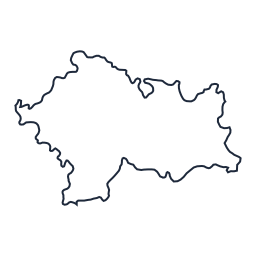 Babruysk, Mogilev, Belarus
{"feature_id": "67162791B49466941565536", "entity_name": "Babruysk", "entity_type": "district", "adm_level": 2, "iso_a3": "BLR", "parent_name": "Belarus", "parent_adm1": "Mogilev", "projection": "orthographic", "projection_center": [29.167, 53.064], "detail": "fine", "context": "isolated", "style": "outline", "palette": "slate", "viewbox_px": 256, "rotation_deg": 0, "n_neighbors": 0, "source": "geoboundaries", "source_scale": "gbopen_adm2", "svg_char_len": 5096}
<svg xmlns="http://www.w3.org/2000/svg" viewBox="0 0 256 256"><path d="M240.5,158.0L238.9,156.9L234.2,154.8L232.3,153.3L230.0,151.9L228.5,150.2L226.8,147.6L225.9,145.8L224.6,143.1L226.3,140.2L227.7,137.0L229.1,134.9L230.3,132.7L230.5,130.0L229.5,127.3L227.2,128.0L224.1,128.2L220.5,126.9L219.2,124.6L217.9,121.8L218.0,118.5L219.0,117.5L221.0,116.4L222.4,114.6L222.7,112.7L222.4,110.1L222.5,106.7L223.2,104.1L224.7,102.0L225.3,101.6L224.5,100.3L223.9,97.9L223.8,94.5L223.1,92.3L221.2,91.3L219.4,92.4L218.2,93.2L216.4,92.2L216.5,89.7L217.1,88.5L217.7,87.1L218.0,85.8L217.9,84.9L216.6,84.1L214.7,83.9L211.7,84.5L210.4,86.1L210.0,87.5L208.9,88.8L206.1,89.5L204.5,89.5L203.7,91.2L203.5,92.2L202.0,93.0L200.6,93.3L198.0,94.1L196.9,95.5L195.9,97.6L194.9,99.2L193.8,100.2L191.4,101.3L189.4,101.3L186.6,101.1L184.4,100.2L183.0,98.7L181.5,96.0L180.6,93.9L179.6,91.2L178.9,88.0L178.9,86.4L178.8,85.0L179.4,83.8L179.5,82.2L178.1,81.2L176.4,81.0L174.8,82.7L173.1,84.5L171.3,85.0L168.2,84.7L166.1,83.6L164.2,82.3L162.7,81.0L161.2,80.6L158.1,80.4L156.2,80.1L152.9,79.8L151.3,79.4L148.1,78.7L144.7,79.4L144.0,81.0L145.2,82.8L146.8,83.1L149.0,83.7L150.5,84.7L152.3,86.4L153.1,88.1L153.2,90.8L152.3,92.3L151.1,93.2L148.8,94.3L148.4,94.8L146.8,96.7L146.1,97.5L144.6,97.6L143.0,95.0L142.6,93.4L142.1,92.1L140.9,90.9L139.6,89.5L138.6,87.4L138.5,85.6L139.1,83.9L139.9,82.8L140.4,81.5L139.8,79.2L137.6,78.4L135.6,79.6L134.7,81.4L133.9,82.5L132.6,83.2L131.6,82.7L130.4,80.5L129.9,79.1L129.4,77.8L128.1,75.7L126.9,75.2L126.1,74.0L126.3,71.4L126.3,70.7L125.2,70.0L121.0,69.8L119.3,69.7L117.5,69.0L116.6,68.1L115.7,67.1L114.8,66.7L113.2,67.0L112.2,66.6L112.0,64.8L111.8,63.2L110.7,62.5L109.1,62.2L107.5,61.6L106.1,60.0L105.1,58.3L104.2,57.5L102.5,57.5L100.8,57.0L98.8,55.8L98.6,55.8L96.4,55.8L93.8,56.7L92.6,57.4L91.1,57.4L88.0,57.3L87.1,57.0L86.3,55.8L84.8,53.7L83.6,52.1L82.0,51.5L79.8,51.3L77.1,51.7L75.1,52.4L73.5,53.2L72.6,54.9L71.7,56.8L71.2,58.0L70.8,60.2L71.6,61.9L72.0,62.9L73.3,64.6L75.2,64.9L76.4,65.7L77.4,67.5L77.6,68.6L77.2,70.1L76.8,71.1L76.0,71.8L74.1,71.9L72.1,71.9L69.8,72.1L68.1,72.6L66.9,73.6L66.5,74.5L65.8,75.8L64.7,77.8L63.4,78.2L61.9,78.1L60.4,77.5L58.6,77.2L56.8,77.0L55.2,77.9L53.9,80.1L53.5,81.8L53.4,84.1L52.9,86.1L51.9,88.5L51.3,90.0L50.3,91.3L48.9,92.6L47.2,93.3L45.5,94.2L44.2,95.0L43.1,96.4L42.5,97.8L41.9,100.4L40.9,101.7L39.6,102.6L37.5,103.4L35.6,103.9L34.7,104.4L33.5,105.4L32.5,106.7L31.9,107.3L30.9,108.3L29.5,108.8L28.7,108.4L28.8,107.0L28.9,105.8L28.5,104.9L27.5,104.7L26.4,104.9L24.8,105.4L23.1,106.2L21.4,106.9L20.2,107.0L20.8,105.2L21.0,103.0L21.1,100.8L19.3,100.0L18.4,100.2L18.2,101.4L17.8,102.4L16.9,104.0L15.4,105.6L15.7,106.7L15.8,109.8L16.1,111.0L17.0,112.2L18.5,113.9L19.8,115.5L20.5,116.9L20.7,118.6L20.5,119.9L19.9,121.1L19.3,122.1L19.4,123.2L20.2,124.4L21.5,124.6L23.4,124.4L25.2,123.1L26.2,122.4L27.9,122.3L30.6,122.1L33.5,122.3L34.9,122.7L36.4,123.4L37.2,124.3L38.0,125.2L38.5,126.6L39.0,128.8L39.3,130.3L38.7,132.7L38.0,134.0L37.3,134.8L36.6,135.7L35.7,137.1L35.8,138.6L36.5,139.3L37.7,140.2L37.9,140.7L37.5,142.1L38.0,142.8L38.6,143.2L39.4,143.4L40.4,143.4L42.5,142.6L44.7,142.7L46.7,143.0L48.1,143.5L49.0,144.2L49.9,145.4L50.3,146.7L50.1,148.8L50.0,150.4L50.9,151.0L52.5,150.8L53.5,149.8L54.3,149.1L55.3,148.4L56.5,149.1L57.6,150.1L59.0,151.1L60.1,152.8L60.1,153.8L59.8,154.6L59.0,155.9L57.9,156.6L57.5,158.0L57.8,158.6L59.2,159.6L60.4,160.3L61.3,161.6L61.3,162.8L61.2,164.2L61.4,165.7L62.8,166.8L64.1,166.3L64.7,164.5L65.2,162.8L66.5,160.5L67.6,160.6L68.6,161.6L69.7,163.1L71.2,164.7L72.7,166.1L73.4,168.6L73.0,170.0L72.2,171.4L71.0,172.9L69.4,173.8L68.4,174.7L68.0,176.4L68.2,177.9L68.6,179.5L68.6,180.8L69.2,182.2L69.9,183.9L69.4,186.4L68.5,187.7L67.3,188.7L65.1,189.5L64.2,189.8L62.9,190.9L62.5,192.0L62.7,193.4L63.4,195.1L63.4,197.2L63.6,198.8L63.1,200.6L62.6,202.5L62.9,203.9L64.5,204.7L66.0,204.5L67.2,204.1L68.2,203.3L69.2,202.4L70.8,201.9L72.5,202.3L74.5,203.0L75.9,203.8L76.7,204.5L76.7,201.7L78.2,200.6L81.6,200.6L84.2,200.6L88.1,199.9L90.7,199.6L93.7,198.6L95.4,198.3L96.9,198.0L99.2,197.0L100.9,197.6L102.2,199.6L103.6,200.9L105.5,200.2L107.2,198.6L108.4,197.0L109.0,195.7L108.5,194.0L108.8,191.6L109.1,190.0L108.5,188.0L107.5,185.7L107.3,183.8L108.4,182.1L110.3,180.1L112.7,177.8L114.4,176.0L117.0,173.0L118.9,170.7L119.8,168.7L120.2,166.3L121.6,164.4L121.9,162.1L121.9,160.4L122.6,158.4L123.8,157.9L125.9,158.8L127.1,160.4L128.1,162.8L130.7,164.0L133.3,164.7L135.1,167.4L137.1,169.3L141.3,170.0L143.9,169.6L148.1,169.4L151.8,169.4L154.5,169.7L157.1,171.7L158.3,173.4L160.1,176.4L162.9,177.5L163.0,177.6L164.6,177.4L165.5,176.8L166.2,174.7L166.7,172.7L167.5,172.1L169.0,172.9L169.6,174.2L169.8,175.9L171.1,178.8L173.8,181.5L177.6,181.2L180.6,179.6L183.7,176.9L186.6,173.3L190.0,170.5L193.7,167.5L197.2,166.3L201.9,166.0L204.1,166.3L206.5,167.6L208.7,168.2L210.0,167.9L212.0,166.3L213.4,164.7L215.8,164.4L217.4,165.2L220.3,166.4L223.6,167.2L225.9,167.0L228.1,167.7L226.7,170.2L228.0,172.3L230.8,171.2L234.0,171.3L236.9,170.7L237.0,168.8L237.2,164.8L238.2,163.8L240.1,161.6L240.6,158.2L240.5,158.0Z" fill="none" stroke="#1e293b" stroke-width="2"/></svg>